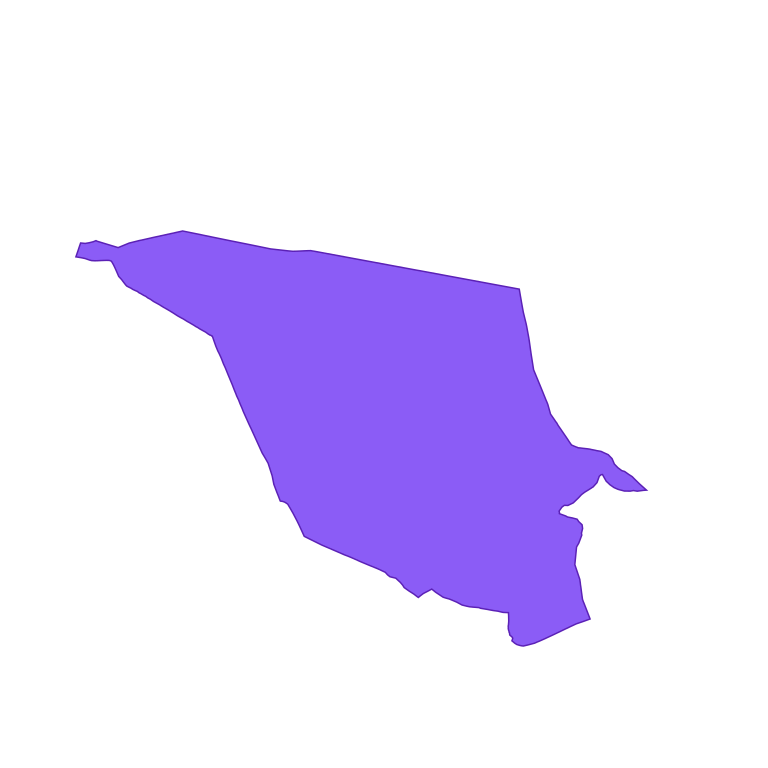 Hulu Sungai Utara, Kalimantan Selatan, Indonesia, rotated 46°
{"feature_id": "22746128B21492383155838", "entity_name": "Hulu Sungai Utara", "entity_type": "district", "adm_level": 2, "iso_a3": "IDN", "parent_name": "Indonesia", "parent_adm1": "Kalimantan Selatan", "projection": "robinson", "projection_center": [115.192, -2.43], "detail": "fine", "context": "isolated", "style": "filled", "palette": "violet", "viewbox_px": 768, "rotation_deg": 46, "n_neighbors": 0, "source": "geoboundaries", "source_scale": "gbopen_adm2", "svg_char_len": 5399}
<svg xmlns="http://www.w3.org/2000/svg" viewBox="0 0 768 768"><g transform="rotate(46 384 384)"><path d="M642.7,268.9L633.2,269.6L626.0,269.8L625.5,269.8L623.3,269.8L622.2,270.0L619.3,270.7L614.0,271.7L611.6,273.1L611.0,273.2L606.7,273.9L606.1,273.9L605.5,273.9L604.8,273.9L601.8,273.9L601.6,273.9L601.0,273.7L600.5,273.5L599.9,273.2L599.5,273.1L598.0,272.5L596.1,271.8L592.9,271.8L590.6,271.8L589.1,272.4L586.1,273.6L583.4,274.6L582.1,275.5L579.8,277.2L578.1,278.3L577.1,279.0L574.8,280.6L574.7,280.7L574.1,281.0L572.4,282.3L570.8,283.6L569.6,284.6L568.4,285.6L566.9,286.8L566.4,287.2L565.6,287.9L564.7,288.7L564.0,288.9L562.6,289.6L560.3,290.6L558.5,291.3L558.4,291.4L558.1,291.5L557.7,291.4L554.4,290.9L551.4,290.3L545.5,289.3L534.7,287.5L533.9,287.3L532.1,286.8L530.2,286.6L529.9,286.6L529.6,286.5L529.4,286.5L529.2,286.4L525.7,285.8L525.2,285.8L525.0,285.7L521.3,285.1L519.1,283.9L516.3,282.4L512.4,280.3L509.2,279.0L508.8,278.9L498.9,274.9L495.9,273.7L477.7,266.5L464.7,257.4L453.7,249.4L451.1,247.6L442.2,241.7L441.9,241.5L439.7,240.1L432.0,235.6L429.1,233.9L420.7,228.3L416.9,225.7L415.7,224.9L409.7,220.8L392.2,233.3L379.3,242.5L361.8,255.0L327.3,279.6L325.0,281.3L240.1,341.9L238.0,343.5L237.2,344.0L236.3,345.0L235.8,345.5L228.3,354.0L225.2,357.4L221.5,360.6L208.1,371.7L190.3,383.9L181.2,390.2L177.0,393.1L175.3,394.3L134.0,422.6L133.5,423.5L117.9,448.8L116.9,450.5L116.7,450.8L112.1,458.4L110.6,460.7L110.5,461.0L110.4,461.1L105.6,469.4L103.5,474.7L101.2,480.5L82.0,491.2L80.8,491.6L79.9,493.8L79.7,494.3L77.5,498.1L75.7,500.7L75.4,501.2L72.0,504.1L71.8,504.3L72.6,505.8L73.1,506.9L73.3,507.1L73.6,507.8L75.7,511.8L78.5,517.3L83.2,513.8L83.4,513.7L83.9,513.3L84.1,513.2L86.2,511.8L90.9,509.4L90.7,509.4L91.9,508.8L94.5,506.4L95.5,505.3L95.9,504.9L98.7,501.7L100.4,499.8L102.3,497.7L103.0,497.0L103.6,496.4L104.3,495.8L104.5,495.7L104.8,495.4L106.4,494.8L110.4,495.8L113.7,496.9L117.0,498.1L120.5,499.4L122.3,500.1L126.3,500.2L131.4,500.8L133.4,501.0L135.0,501.0L135.7,500.7L136.5,500.5L139.2,499.5L141.4,499.0L143.8,498.1L146.1,497.1L148.0,496.9L150.3,496.1L153.3,495.3L155.4,494.5L158.0,494.1L160.7,493.2L164.4,492.5L170.2,490.7L175.7,489.3L180.4,487.9L186.5,486.3L190.0,485.5L191.7,485.1L195.4,484.0L197.8,483.2L202.3,482.1L204.8,481.3L206.0,481.0L209.5,480.0L212.2,479.4L213.8,478.8L216.2,478.3L219.2,477.4L222.7,476.3L225.7,475.8L226.3,475.7L227.1,475.4L227.9,475.1L228.0,475.2L228.3,475.0L229.4,474.5L229.7,474.4L229.9,474.3L230.2,474.6L230.9,474.5L235.4,476.6L240.0,478.7L244.8,480.6L247.5,481.4L251.2,482.7L252.8,483.3L258.0,485.5L262.3,487.0L269.5,489.9L279.0,493.6L284.7,496.0L288.0,497.3L290.3,498.3L292.4,499.0L294.5,499.7L298.3,501.3L303.4,503.2L304.3,503.6L306.2,504.4L318.7,508.9L322.2,510.1L322.6,510.2L327.7,512.0L349.1,519.6L355.1,521.0L360.5,522.4L372.3,528.2L379.6,532.9L387.9,536.5L388.0,536.5L390.4,537.5L390.7,537.6L395.8,539.8L396.2,539.9L396.6,539.6L397.7,538.7L397.9,538.6L398.0,538.5L400.0,537.5L402.1,537.0L403.5,536.7L408.5,537.9L413.7,539.2L422.2,541.7L425.9,542.9L433.1,545.4L437.9,547.1L438.2,547.2L440.7,546.3L445.8,544.5L456.7,540.6L471.5,534.4L479.5,531.1L482.2,529.8L482.4,529.7L486.3,528.0L495.5,524.3L498.3,523.1L505.0,520.2L512.7,516.8L520.3,513.9L523.8,514.0L526.8,513.6L528.4,512.6L530.0,511.6L531.9,510.4L536.1,510.2L537.0,510.1L538.5,510.1L541.7,510.3L544.4,510.9L550.3,509.8L555.7,508.5L559.7,507.9L561.4,507.6L561.6,505.0L562.0,501.5L562.4,500.0L563.1,497.7L563.7,495.7L564.7,492.1L569.7,491.5L575.6,490.2L578.4,489.6L581.0,488.2L584.0,486.4L587.0,485.1L590.8,483.5L591.5,483.2L597.2,481.4L601.5,478.7L603.7,477.2L606.4,474.9L610.7,471.1L612.5,470.3L614.5,468.8L616.4,467.4L618.0,466.2L620.3,464.6L621.8,463.5L622.7,462.9L626.5,459.9L629.2,458.2L631.0,457.0L632.4,455.7L634.9,453.3L637.1,455.2L641.0,458.8L641.5,459.3L643.7,461.8L644.4,462.8L645.8,464.0L646.1,464.4L647.4,465.3L648.7,465.9L649.1,466.1L649.5,466.5L650.0,466.5L651.9,467.9L653.2,467.8L654.2,467.7L655.6,467.7L656.3,468.1L656.5,468.2L657.0,469.2L657.6,470.4L659.3,470.2L660.0,470.1L660.7,470.1L661.3,470.0L663.4,469.5L663.5,469.5L664.6,468.9L665.0,468.7L666.4,467.9L667.0,467.5L667.6,467.1L668.3,466.6L669.4,465.6L671.6,461.9L674.0,457.6L675.0,455.8L675.1,455.6L676.0,453.1L676.9,450.9L679.3,444.3L679.3,444.2L681.7,437.3L683.6,431.6L684.0,430.5L684.8,428.0L686.4,423.1L687.0,421.5L687.1,421.2L687.6,419.6L688.1,418.1L690.1,412.3L693.2,405.7L696.2,399.0L695.3,398.6L688.9,395.9L680.3,392.3L679.2,391.9L676.8,390.8L671.3,386.8L667.0,383.6L664.6,381.9L663.5,381.0L661.8,379.8L660.6,378.9L646.5,372.2L635.0,358.7L633.8,354.5L632.3,351.3L630.1,346.7L628.3,345.5L628.3,345.3L625.9,341.5L622.9,339.3L618.3,339.5L615.4,339.0L611.1,341.6L607.1,344.4L605.3,344.9L599.1,347.9L598.9,347.8L598.7,347.4L598.5,347.2L598.0,346.9L597.5,346.6L597.1,346.4L596.2,341.9L596.2,341.4L596.4,339.6L596.6,338.5L599.1,336.1L601.0,330.4L601.0,328.8L601.0,326.1L601.0,323.5L601.0,323.4L600.9,321.2L600.8,319.8L600.8,318.4L600.9,317.7L601.0,316.7L601.1,316.1L601.2,315.1L601.7,312.7L602.0,311.4L602.9,307.1L603.0,306.2L603.2,305.6L603.3,305.1L603.1,302.2L602.9,299.3L599.9,293.2L600.0,291.1L600.5,290.2L600.9,289.7L602.0,290.0L603.8,290.5L604.5,290.7L604.9,290.8L608.4,291.7L609.6,291.6L611.6,291.5L613.1,291.5L618.3,290.5L622.2,288.9L624.1,287.8L626.2,286.5L627.9,285.5L632.2,281.2L632.3,281.0L633.9,278.6L637.0,276.3L640.7,271.3L642.7,268.9Z" fill="#8b5cf6" stroke="#5b21b6" stroke-width="1.5"/></g></svg>